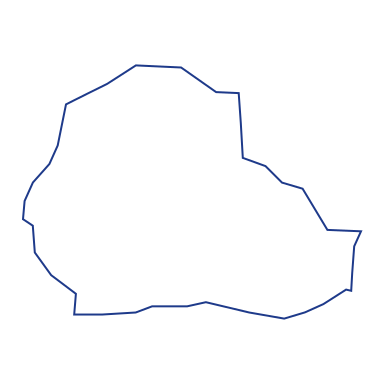 Svedala, Skåne, Sweden
{"feature_id": "70781695B13433668994781", "entity_name": "Svedala", "entity_type": "district", "adm_level": 2, "iso_a3": "SWE", "parent_name": "Sweden", "parent_adm1": "Skåne", "projection": "albers", "projection_center": [13.297, 55.571], "detail": "fine", "context": "isolated", "style": "outline", "palette": "blue", "viewbox_px": 384, "rotation_deg": 0, "n_neighbors": 0, "source": "geoboundaries", "source_scale": "gbopen_adm2", "svg_char_len": 587}
<svg xmlns="http://www.w3.org/2000/svg" viewBox="0 0 384 384"><path d="M74.2,314.5L102.7,314.5L135.7,312.5L152.2,306.3L187.3,306.3L205.9,302.2L249.2,312.5L284.2,318.6L304.9,312.4L323.4,304.1L346.1,289.6L351.2,290.8L352.2,273.1L354.2,246.3L361.0,231.3L327.4,229.9L315.0,209.3L302.6,188.7L282.0,182.6L265.5,166.1L242.8,157.9L240.8,123.0L238.7,93.1L216.1,92.1L181.1,67.5L135.9,65.4L107.1,83.9L86.5,94.1L74.3,100.2L66.0,104.4L57.7,145.5L49.4,164.0L32.9,182.5L24.6,201.0L23.0,219.2L32.8,225.7L34.8,252.5L51.2,275.2L75.9,293.8L74.2,314.5Z" fill="none" stroke="#1e3a8a" stroke-width="2"/></svg>